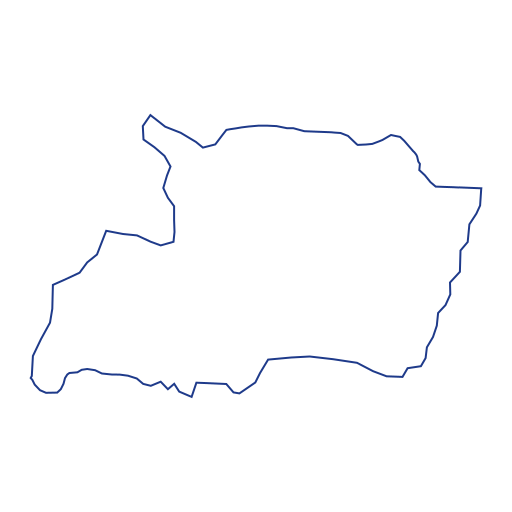 Ormideia, Cyprus
{"feature_id": "46923920B71817476426158", "entity_name": "Ormideia", "entity_type": "district", "adm_level": 2, "iso_a3": "CYP", "parent_name": "Cyprus", "parent_adm1": "", "projection": "equal_earth", "projection_center": [33.784, 34.997], "detail": "fine", "context": "isolated", "style": "outline", "palette": "blue", "viewbox_px": 512, "rotation_deg": 0, "n_neighbors": 0, "source": "geoboundaries", "source_scale": "gbopen_adm2", "svg_char_len": 1828}
<svg xmlns="http://www.w3.org/2000/svg" viewBox="0 0 512 512"><path d="M334.7,132.6L331.5,132.3L329.6,132.2L316.6,131.7L304.3,131.2L293.3,128.2L289.7,128.2L287.0,128.2L276.5,126.1L267.8,125.7L258.1,125.7L248.8,126.5L241.5,127.4L235.7,128.4L230.2,129.2L226.4,129.9L222.5,134.9L215.3,144.4L202.9,147.6L195.9,141.9L180.7,132.8L165.2,126.7L150.4,115.1L142.8,126.1L143.5,139.5L154.4,147.2L164.5,155.9L170.5,166.5L167.0,175.5L163.3,188.0L167.9,197.8L174.1,206.2L174.1,220.1L174.5,232.0L173.5,241.8L160.7,245.4L150.6,241.7L137.0,235.4L123.0,234.0L106.2,230.8L99.8,247.3L97.0,254.5L87.2,262.4L79.6,272.7L63.3,280.3L52.9,284.9L52.3,308.8L50.0,322.7L41.0,339.1L32.9,356.0L31.8,376.0L31.6,376.3L30.7,378.0L32.3,379.8L34.7,384.6L40.0,390.2L46.0,392.8L57.2,392.6L60.8,389.2L63.5,383.8L65.0,378.1L67.3,374.5L69.4,373.0L77.4,372.3L81.7,369.8L87.2,369.0L95.1,370.2L101.9,373.5L111.7,374.5L119.7,374.6L128.0,375.7L136.8,378.5L143.2,383.9L150.8,385.8L160.7,381.7L167.9,389.2L174.2,383.8L179.2,391.6L191.6,396.9L196.4,382.7L206.7,383.1L226.3,384.0L233.5,392.4L239.4,393.4L241.6,391.9L255.3,382.5L260.1,372.9L268.1,359.6L291.2,357.5L309.7,356.5L333.1,359.2L357.0,362.8L373.1,371.2L386.6,376.3L402.5,376.9L407.6,368.2L420.9,366.2L425.6,358.1L426.9,347.3L433.0,337.0L436.8,325.7L438.1,313.0L445.5,305.1L450.3,294.4L450.0,282.5L459.9,271.8L460.5,250.5L467.7,242.0L469.4,224.3L476.4,213.6L480.1,205.5L481.2,189.1L481.3,188.3L459.1,187.4L458.9,187.4L459.1,187.5L453.1,187.2L443.8,186.9L441.5,186.8L435.7,186.6L430.5,182.2L424.9,175.3L419.3,170.1L419.8,164.9L419.9,163.9L418.3,161.6L417.1,156.4L416.2,154.6L414.4,152.3L413.1,151.1L405.5,142.3L404.2,140.8L400.1,136.9L395.6,136.0L391.0,135.0L382.4,140.0L378.7,141.5L372.3,143.9L366.1,144.5L357.8,144.9L356.8,144.3L348.0,135.9L340.6,133.0L334.7,132.6Z" fill="none" stroke="#1e3a8a" stroke-width="2"/></svg>